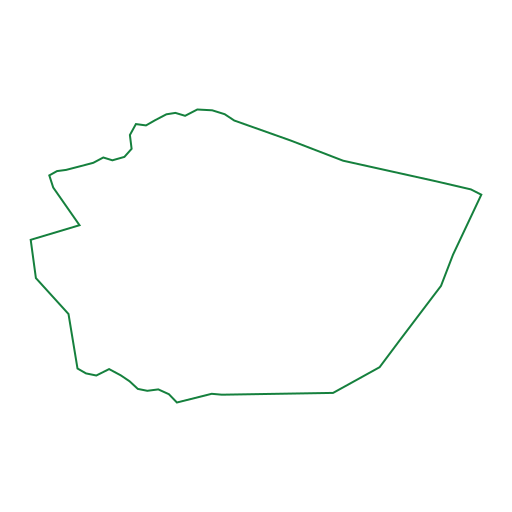 the district of Pindoba, Alagoas, Brazil
{"feature_id": "56859067B20110323739733", "entity_name": "Pindoba", "entity_type": "district", "adm_level": 2, "iso_a3": "BRA", "parent_name": "Brazil", "parent_adm1": "Alagoas", "projection": "albers", "projection_center": [-36.301, -9.475], "detail": "fine", "context": "isolated", "style": "outline", "palette": "green", "viewbox_px": 512, "rotation_deg": 0, "n_neighbors": 0, "source": "geoboundaries", "source_scale": "gbopen_adm2", "svg_char_len": 714}
<svg xmlns="http://www.w3.org/2000/svg" viewBox="0 0 512 512"><path d="M481.3,194.7L470.9,189.4L433.4,180.7L343.1,160.7L290.6,140.5L234.2,120.5L224.7,114.2L212.2,110.3L197.3,109.5L185.1,115.8L175.4,112.9L166.4,114.3L155.3,120.1L146.0,125.4L135.9,124.1L129.9,135.0L131.6,148.8L124.4,156.9L112.4,160.3L103.3,157.5L93.3,162.8L80.4,166.2L66.1,169.9L57.0,171.1L49.3,175.4L53.2,187.5L79.5,225.2L30.7,239.8L35.9,278.1L68.5,314.0L77.5,368.5L86.0,373.4L96.3,375.5L109.1,369.1L120.7,375.3L129.6,381.3L137.8,388.9L147.3,390.8L158.3,389.4L168.9,394.2L176.9,402.5L211.7,393.8L221.9,394.7L333.1,392.9L379.6,367.2L399.5,340.6L433.0,296.4L441.0,285.9L453.0,254.7L481.3,194.7Z" fill="none" stroke="#15803d" stroke-width="2"/></svg>